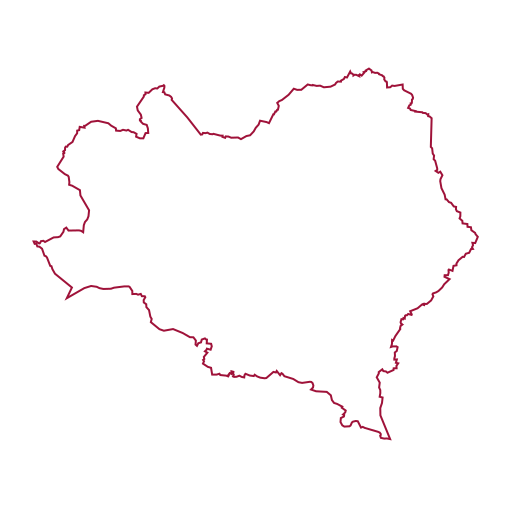 Borabue, Maha Sarakham, Thailand, rotated 269°
{"feature_id": "78962969B23742076953899", "entity_name": "Borabue", "entity_type": "district", "adm_level": 2, "iso_a3": "THA", "parent_name": "Thailand", "parent_adm1": "Maha Sarakham", "projection": "natural_earth1", "projection_center": [103.135, 16.006], "detail": "fine", "context": "isolated", "style": "outline", "palette": "rose", "viewbox_px": 512, "rotation_deg": 269, "n_neighbors": 0, "source": "geoboundaries", "source_scale": "gbopen_adm2", "svg_char_len": 6056}
<svg xmlns="http://www.w3.org/2000/svg" viewBox="0 0 512 512"><g transform="rotate(269 256 256)"><path d="M422.6,296.7L416.6,291.4L411.5,284.6L410.4,281.9L408.7,279.9L405.7,281.4L401.9,280.5L401.8,279.7L400.1,278.8L400.2,277.9L397.3,276.4L397.4,275.8L388.6,271.3L389.7,269.0L391.2,262.4L387.3,260.9L384.2,258.0L380.6,255.9L376.8,252.2L376.1,248.5L373.1,243.0L374.8,240.1L374.7,233.3L375.9,230.5L376.1,227.8L374.7,227.2L375.7,224.5L376.9,224.7L377.0,222.4L378.9,215.5L378.5,214.7L378.8,211.9L380.2,209.6L379.7,207.7L380.0,205.1L378.5,204.4L378.3,202.9L395.8,189.7L413.6,174.4L415.0,174.8L416.6,173.9L418.0,172.1L419.2,168.0L421.3,167.2L421.5,165.8L425.9,167.3L427.7,167.4L428.4,166.8L427.8,166.0L427.1,162.3L425.2,160.2L425.5,158.1L424.5,155.3L421.0,151.5L421.4,148.3L419.6,148.3L418.7,146.7L417.3,146.6L407.4,139.6L403.6,140.3L399.4,143.3L397.2,143.8L396.0,144.0L394.8,142.3L393.5,142.3L393.0,143.3L392.4,143.2L390.1,145.4L389.0,149.0L385.6,150.1L380.9,150.4L380.8,147.7L375.6,145.4L375.7,141.9L377.4,138.2L380.2,138.7L381.9,135.8L382.1,133.8L384.4,130.3L383.7,128.7L384.5,125.2L383.4,122.5L383.8,118.3L386.1,118.1L388.9,113.4L391.3,110.7L393.9,100.3L393.1,93.5L389.1,87.4L389.1,86.5L387.3,86.8L388.2,82.0L384.9,81.4L384.5,79.4L381.8,79.3L379.1,77.2L373.2,74.5L370.3,70.1L368.6,69.2L368.7,67.7L367.6,67.0L365.2,66.9L364.0,65.2L363.0,66.1L362.2,66.1L361.9,65.0L358.7,65.4L348.6,58.8L346.4,59.9L341.2,66.3L339.6,69.4L338.4,70.1L333.1,70.7L330.5,70.4L329.5,73.4L324.9,81.1L319.6,81.5L304.6,89.9L298.7,89.2L295.5,87.9L293.0,85.6L289.9,84.4L282.8,83.6L284.2,81.6L284.7,79.5L284.7,69.0L287.7,66.8L286.2,64.5L283.6,63.9L279.0,60.6L278.3,58.4L278.1,54.0L273.7,45.3L274.9,43.7L274.6,41.3L272.5,40.1L272.3,39.4L274.3,36.6L274.4,33.9L272.0,34.9L272.1,36.6L269.4,37.5L269.1,39.6L267.0,42.2L260.0,44.5L259.4,46.0L258.1,47.0L249.7,50.1L249.4,51.3L246.4,52.2L241.8,54.7L227.7,71.4L217.1,66.1L226.9,83.8L228.9,90.6L228.0,96.2L226.6,98.9L225.7,102.8L225.8,110.4L226.8,113.5L227.9,123.7L227.8,128.2L227.3,129.1L223.2,131.7L220.1,131.7L220.2,135.6L219.4,137.4L220.1,140.1L217.8,141.2L217.7,144.1L216.7,144.6L213.9,142.9L211.5,143.0L209.7,145.4L206.8,145.5L203.8,148.1L197.2,149.3L194.9,150.6L191.7,149.7L184.5,158.2L182.9,162.6L184.4,171.8L180.3,181.3L176.0,188.5L175.8,192.0L172.5,194.4L168.5,194.0L167.2,195.4L169.8,196.8L170.6,199.5L173.4,200.3L174.5,203.5L173.6,204.3L173.3,205.5L169.5,205.2L169.0,209.6L166.5,210.2L163.1,209.0L164.2,205.3L163.2,205.0L161.6,203.3L160.2,205.7L156.0,202.1L153.9,202.5L153.0,201.3L151.7,202.2L149.3,201.1L146.0,205.9L145.0,209.1L138.2,210.1L138.1,214.5L138.9,217.4L137.6,218.2L136.9,224.1L136.1,226.1L137.2,226.7L137.5,226.2L139.4,227.7L138.6,229.2L141.2,229.4L140.6,231.4L138.4,231.1L137.6,231.7L136.0,230.9L135.5,232.0L135.6,234.4L136.6,237.3L135.3,239.7L134.8,242.1L137.0,242.4L138.4,243.4L136.6,247.7L136.0,251.7L137.3,252.6L135.6,255.0L134.3,258.1L133.6,262.5L133.8,264.2L139.8,271.4L139.2,273.9L140.7,274.7L136.4,278.0L138.4,279.4L137.8,280.4L135.3,282.3L132.4,291.1L129.1,296.2L128.3,299.9L129.3,307.7L129.1,309.1L128.0,310.3L125.6,311.1L123.5,310.7L121.5,308.7L119.7,313.7L118.9,324.4L115.4,328.4L110.6,329.4L107.7,331.5L106.7,334.5L103.8,339.7L102.8,339.1L99.9,343.0L98.1,342.5L96.0,340.3L95.5,341.4L94.0,341.1L92.5,338.0L88.5,337.6L85.2,339.3L83.9,341.3L84.1,346.5L84.9,347.6L87.9,349.0L88.7,350.1L89.3,352.9L89.0,354.9L82.6,358.0L83.3,359.7L82.2,361.8L78.1,374.9L77.3,376.6L75.9,377.6L74.8,377.6L74.1,377.0L72.0,377.7L71.2,381.0L71.3,383.7L70.6,386.9L94.5,377.6L101.8,377.6L106.8,379.4L112.3,380.1L113.1,377.2L116.7,377.9L119.8,377.9L122.4,376.8L127.2,377.5L132.6,374.6L136.4,376.7L137.8,376.7L140.5,380.3L138.7,381.3L138.3,383.9L137.0,385.4L139.6,391.5L141.3,391.7L141.3,394.6L143.7,394.5L146.2,396.3L146.8,394.0L150.1,395.0L150.0,392.5L151.2,392.5L153.5,393.2L157.1,393.1L158.6,395.1L162.4,396.0L163.2,394.8L163.2,391.1L162.7,389.4L165.6,390.4L169.6,390.6L169.0,391.6L173.6,394.0L180.5,399.0L181.1,398.7L183.5,399.3L184.7,400.9L184.9,400.3L185.7,400.4L185.9,399.8L187.3,399.4L190.3,400.3L190.1,401.9L191.4,402.3L190.8,403.6L193.6,404.0L194.1,404.5L194.1,405.9L195.4,407.1L194.4,410.5L194.9,410.7L198.1,409.2L200.9,416.6L204.8,421.4L205.1,422.3L204.4,422.1L204.0,423.3L205.1,423.6L205.1,426.0L208.5,430.3L212.5,432.6L214.7,431.8L215.5,432.3L216.5,435.5L217.8,437.8L221.3,441.6L224.5,443.7L229.5,449.1L231.9,444.1L233.5,444.3L233.5,447.6L236.1,448.4L238.6,448.2L239.1,448.6L237.7,452.2L242.7,453.3L243.2,456.3L245.0,456.3L248.2,458.4L251.6,462.6L251.4,464.0L254.6,465.8L255.5,469.2L259.2,471.1L259.3,473.0L261.0,472.1L263.0,473.2L265.4,472.6L265.1,475.4L271.3,478.1L274.0,475.9L275.3,475.5L278.0,471.8L281.0,471.4L281.5,468.0L284.3,467.9L285.0,463.1L287.6,462.9L290.0,460.2L292.2,461.0L295.9,461.1L297.3,457.6L299.2,456.7L301.6,456.9L302.1,454.6L305.8,452.0L306.5,449.9L309.3,447.6L309.4,446.5L314.0,445.7L320.6,442.6L327.6,441.5L329.6,441.8L333.5,443.8L337.1,441.7L336.0,439.8L337.9,437.1L338.9,438.7L340.5,438.7L348.1,436.8L349.7,435.3L353.3,435.8L355.3,434.5L360.6,434.0L362.0,432.7L390.7,434.0L392.5,432.0L392.8,430.6L394.7,430.7L394.4,429.8L395.9,428.1L396.2,425.2L396.8,424.8L397.6,417.9L398.1,418.1L399.3,413.2L400.7,412.6L401.4,410.7L403.9,411.9L404.5,413.3L405.9,413.3L405.9,414.2L406.5,414.5L409.7,414.7L410.3,415.5L411.6,415.8L414.3,414.9L415.5,413.9L419.1,407.0L420.6,405.7L424.9,405.6L423.6,397.5L424.0,395.1L422.4,393.2L422.2,390.0L427.5,389.9L428.1,389.6L428.3,388.6L430.3,387.3L432.1,387.5L433.4,386.7L433.6,385.8L434.4,385.4L435.6,382.2L436.2,382.1L437.1,380.5L437.0,378.3L437.9,375.8L437.6,375.1L439.5,374.7L441.4,372.2L439.6,369.0L438.9,369.2L438.0,366.9L437.4,367.4L434.5,364.8L435.6,363.3L435.1,363.2L435.4,362.6L434.9,361.5L434.2,361.8L435.4,359.4L435.5,357.7L434.8,356.6L435.6,356.6L436.9,355.0L437.0,354.1L438.8,353.4L432.9,350.1L433.4,348.0L431.4,346.9L429.9,344.1L428.9,344.0L429.0,340.7L427.5,338.9L426.1,338.1L424.0,333.5L423.5,326.8L425.2,323.1L425.0,319.6L426.0,315.8L425.6,315.6L425.8,313.6L426.6,310.7L421.4,304.2L421.4,300.0L422.6,296.7Z" fill="none" stroke="#9f1239" stroke-width="2"/></g></svg>